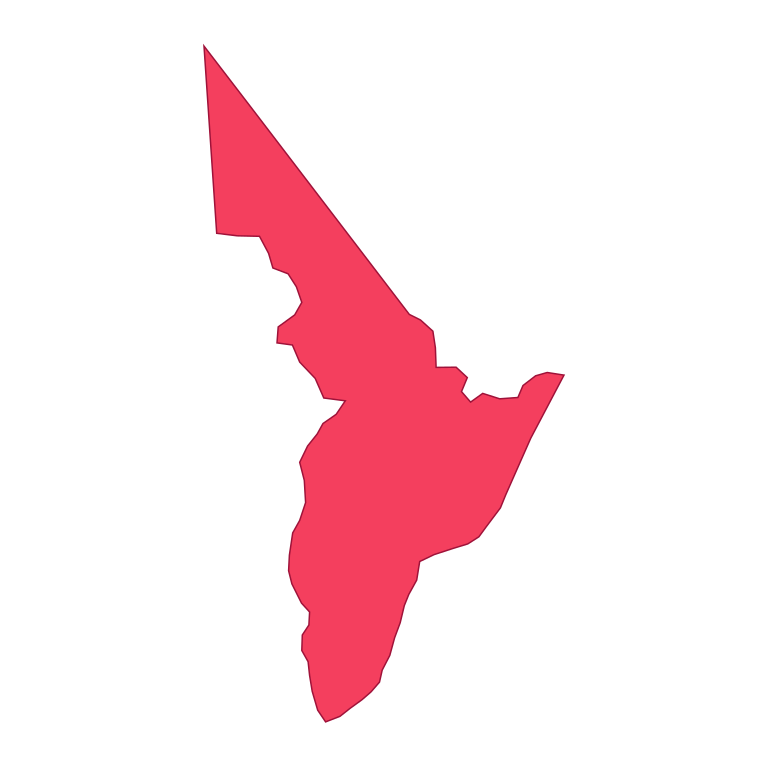 outline of Caldas Brandão, Paraíba, Brazil
{"feature_id": "56859067B83416177856434", "entity_name": "Caldas Brandão", "entity_type": "district", "adm_level": 2, "iso_a3": "BRA", "parent_name": "Brazil", "parent_adm1": "Paraíba", "projection": "orthographic", "projection_center": [-35.337, -7.114], "detail": "fine", "context": "isolated", "style": "filled", "palette": "rose", "viewbox_px": 768, "rotation_deg": 0, "n_neighbors": 0, "source": "geoboundaries", "source_scale": "gbopen_adm2", "svg_char_len": 1079}
<svg xmlns="http://www.w3.org/2000/svg" viewBox="0 0 768 768"><path d="M564.0,375.1L547.2,372.5L535.6,375.8L523.0,385.5L517.9,397.5L499.7,398.8L482.7,393.4L470.6,402.1L461.5,391.6L467.3,377.6L456.1,367.2L436.1,367.4L435.4,347.8L432.9,331.2L420.5,320.0L409.3,314.4L249.6,105.5L204.0,46.1L216.7,233.3L237.2,235.8L259.5,236.3L268.6,253.4L272.9,268.0L288.1,273.8L296.4,286.8L301.8,302.4L294.7,314.9L278.2,326.9L277.0,342.9L292.4,345.0L299.7,362.1L315.2,378.4L323.8,398.0L345.3,400.8L336.2,414.3L323.0,423.5L317.2,434.0L307.6,446.0L299.7,462.3L304.3,480.4L305.6,502.6L299.7,520.4L292.7,532.9L289.4,555.1L288.6,570.7L291.9,583.9L301.5,603.1L309.6,612.0L308.9,625.0L302.3,635.0L301.8,650.5L308.1,661.7L309.6,675.5L312.2,691.3L317.7,710.2L325.6,721.9L340.0,716.3L350.4,708.1L362.0,699.7L371.1,691.8L379.5,682.1L382.2,670.1L389.8,655.4L394.6,637.8L400.2,622.7L404.3,605.6L408.8,594.4L416.7,580.1L419.7,561.5L434.1,554.6L452.8,548.5L467.8,543.9L478.9,536.8L486.2,526.8L500.4,507.9L505.7,494.9L516.6,470.2L530.8,438.1L564.0,375.1Z" fill="#f43f5e" stroke="#9f1239" stroke-width="1.5"/></svg>